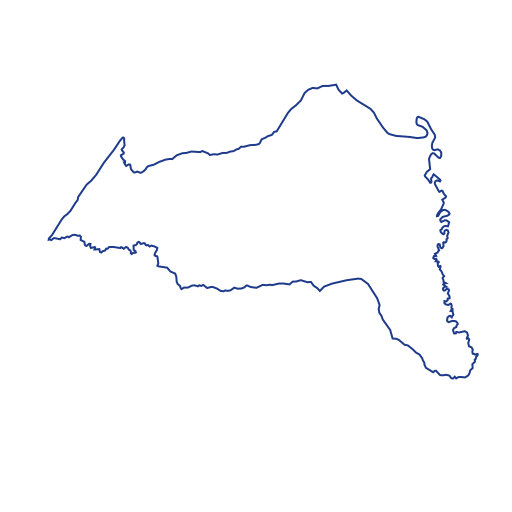 Dondo, Sofala, Mozambique (Robinson projection), rotated 170°
{"feature_id": "85939544B17350721147016", "entity_name": "Dondo", "entity_type": "district", "adm_level": 2, "iso_a3": "MOZ", "parent_name": "Mozambique", "parent_adm1": "Sofala", "projection": "robinson", "projection_center": [34.673, -19.439], "detail": "fine", "context": "isolated", "style": "outline", "palette": "blue", "viewbox_px": 512, "rotation_deg": 170, "n_neighbors": 0, "source": "geoboundaries", "source_scale": "gbopen_adm2", "svg_char_len": 5924}
<svg xmlns="http://www.w3.org/2000/svg" viewBox="0 0 512 512"><g transform="rotate(170 256 256)"><path d="M138.0,403.3L141.3,401.4L143.0,401.0L145.9,405.6L147.3,410.8L155.2,410.9L161.0,411.9L166.4,410.4L171.1,411.7L175.7,410.6L179.8,408.1L184.8,401.4L190.6,397.4L195.8,394.7L199.8,391.3L214.0,375.1L216.4,375.2L219.4,372.5L223.9,371.9L225.7,371.0L230.2,369.9L232.5,366.7L233.9,365.7L237.0,365.5L242.5,366.2L249.0,365.7L251.8,366.2L254.5,364.5L256.5,364.4L259.9,363.2L263.4,363.3L267.0,362.6L270.8,363.3L276.4,362.6L279.6,363.5L283.9,363.5L285.4,365.4L290.6,368.7L292.9,368.0L301.5,370.1L306.7,369.6L310.7,370.0L316.7,368.9L321.6,366.0L324.4,366.6L328.4,366.6L334.8,365.5L340.7,363.7L346.5,363.2L348.2,362.3L349.3,360.9L351.3,359.4L354.1,358.1L355.3,358.0L358.4,359.8L360.4,359.3L361.9,359.6L364.0,363.2L364.0,367.8L365.4,368.3L368.2,367.2L369.2,369.2L369.7,370.9L368.8,370.7L368.4,372.1L370.0,374.0L371.5,377.2L371.6,378.6L368.6,379.8L368.2,380.9L369.7,383.4L369.8,384.3L367.6,385.9L366.1,388.0L366.0,391.5L365.4,394.7L366.0,395.7L366.8,395.7L369.9,393.2L377.5,385.2L389.7,374.2L399.3,363.7L405.3,358.7L410.4,355.7L420.9,345.0L421.9,342.1L424.4,339.9L430.8,332.8L434.4,330.1L438.0,328.3L440.9,325.8L453.2,312.1L456.9,309.2L457.3,308.0L456.1,308.1L454.8,307.2L452.3,308.6L451.2,308.6L446.0,306.5L444.0,307.9L441.5,306.8L439.1,307.8L438.0,307.8L437.0,306.9L433.8,308.3L432.2,308.5L430.2,308.2L427.9,306.8L426.1,306.8L425.1,305.4L425.9,302.2L422.5,299.7L422.7,297.1L422.1,295.8L421.2,295.3L418.2,297.0L417.0,296.6L417.6,294.7L417.2,292.6L413.2,292.8L412.9,292.5L413.9,290.4L409.1,290.0L409.0,287.1L407.7,286.3L406.1,287.4L403.6,287.6L402.4,289.2L400.8,289.0L399.2,290.3L395.3,289.8L388.2,287.4L387.5,288.1L386.8,288.0L385.1,286.1L382.3,287.5L380.8,286.3L380.1,284.3L378.7,283.2L378.5,281.7L378.8,280.4L378.0,279.5L376.1,280.6L374.8,280.1L373.7,280.4L373.9,281.7L375.4,283.4L374.8,287.5L372.3,287.7L371.0,288.6L370.5,289.8L369.1,290.3L368.4,289.9L367.4,287.8L364.1,288.2L363.1,287.5L362.9,286.3L362.2,285.5L360.4,285.6L359.1,283.8L357.2,284.4L354.4,283.1L351.8,281.1L352.4,279.3L354.5,276.9L355.8,274.7L355.1,273.5L353.5,273.0L353.2,271.9L353.5,265.7L354.8,263.5L353.7,262.7L345.5,259.9L343.0,255.6L338.6,252.7L338.1,249.3L338.6,244.1L337.8,241.7L336.0,239.7L335.8,237.6L335.1,236.3L332.4,237.4L328.6,236.7L324.2,238.0L321.3,237.7L318.5,236.2L317.0,237.0L315.3,236.0L313.0,236.7L309.6,232.9L306.1,233.3L303.9,233.0L300.1,230.7L296.8,227.7L294.0,226.9L292.3,227.4L290.0,226.6L287.1,226.6L282.9,228.6L279.8,227.0L276.0,226.5L272.9,227.1L270.7,228.6L269.6,228.4L266.7,226.4L261.1,224.6L254.4,226.4L250.8,225.4L247.2,225.3L245.3,224.5L238.0,224.9L233.6,224.1L228.0,222.2L224.3,224.4L221.0,223.9L216.1,224.4L209.8,221.2L206.4,220.9L204.3,216.6L201.2,213.7L199.2,210.5L194.3,214.0L185.9,215.6L170.8,216.4L159.5,216.0L156.4,215.2L150.6,209.1L144.0,193.3L142.8,186.2L144.4,182.4L144.4,178.8L142.8,175.1L142.2,171.5L136.7,159.8L135.8,151.0L132.2,150.1L130.0,148.7L125.0,142.7L122.0,141.6L118.0,137.1L115.2,133.1L112.2,130.7L110.1,126.5L109.8,124.4L108.7,121.4L109.0,120.0L108.1,116.4L101.6,110.7L100.1,111.8L98.7,111.8L95.4,106.7L92.3,106.0L89.4,106.0L86.8,104.9L86.1,104.3L85.1,102.0L84.1,101.4L83.1,101.2L81.2,102.6L80.1,100.7L78.2,101.5L76.1,101.5L71.1,100.1L67.6,101.6L66.0,103.7L64.9,106.2L62.1,108.0L61.7,111.9L58.7,113.9L58.6,115.9L57.4,116.6L56.6,118.6L55.3,119.4L54.7,120.7L54.8,121.1L57.5,120.9L57.9,121.6L59.5,122.1L59.6,123.9L58.8,126.5L59.7,128.7L61.9,130.1L62.1,133.4L60.5,136.7L61.3,138.2L62.6,137.8L62.8,138.3L61.0,140.9L61.4,143.9L63.5,145.7L69.2,145.4L71.7,146.3L72.1,146.3L72.6,145.1L74.4,145.4L74.9,148.9L73.4,150.6L71.1,151.2L70.6,152.6L69.1,153.9L69.2,154.9L70.5,157.0L71.7,157.5L74.1,158.0L77.7,157.4L78.9,158.4L79.0,159.6L78.0,162.3L76.0,163.4L75.1,163.3L73.9,161.6L73.1,162.9L71.9,163.6L72.0,167.0L72.3,167.7L73.8,168.1L73.2,168.8L71.8,168.7L71.7,169.8L72.3,169.9L72.6,170.9L71.9,173.2L72.1,174.9L72.8,175.4L75.0,174.4L75.9,174.6L77.9,175.7L78.7,177.1L78.2,178.9L76.6,178.2L75.0,179.1L74.6,180.8L72.7,180.7L72.4,182.6L73.6,185.9L71.8,188.7L72.1,189.7L73.8,190.6L76.0,189.2L77.0,189.3L77.5,190.0L77.6,191.2L77.0,192.1L75.3,192.9L74.1,192.8L76.6,195.3L76.0,196.1L73.7,196.2L75.8,197.9L75.6,199.8L76.1,201.6L75.9,202.2L74.2,203.5L75.3,205.5L76.0,208.7L77.3,210.8L76.0,213.8L76.3,214.2L77.9,213.6L78.5,214.5L78.3,217.4L77.1,218.1L77.2,218.8L79.9,219.6L78.8,221.0L78.9,221.9L80.9,222.1L81.8,223.3L80.8,225.0L78.6,224.8L79.4,227.1L76.6,227.8L75.9,229.0L74.7,229.7L75.6,234.1L75.0,235.7L74.3,236.1L73.1,235.6L72.9,232.4L71.9,231.4L71.1,231.5L69.6,233.1L69.3,236.7L68.7,237.0L67.4,236.4L66.7,236.6L65.7,237.8L65.5,239.4L64.2,240.2L64.2,242.8L62.3,245.7L62.6,247.7L63.8,248.7L65.7,248.2L66.4,246.8L66.6,245.4L67.6,244.9L68.4,245.4L69.9,247.5L70.0,249.4L68.3,250.2L67.8,251.3L65.8,252.6L64.4,252.7L61.8,251.9L59.9,255.7L62.1,257.9L63.8,258.4L67.6,257.3L68.3,258.7L68.2,260.1L65.4,262.1L60.8,262.4L58.7,263.2L58.0,264.0L58.8,266.1L59.9,267.2L61.8,268.6L63.7,268.8L66.9,267.3L69.7,263.8L70.9,263.8L70.7,264.6L68.9,266.9L65.6,269.8L62.0,275.2L61.8,276.2L62.8,279.1L59.2,280.6L58.5,281.7L60.2,284.7L61.1,287.8L62.0,288.2L64.1,287.3L64.6,287.6L67.2,295.3L67.3,296.8L66.4,298.4L64.6,299.0L61.9,297.5L61.2,298.4L61.7,299.5L66.8,305.6L67.7,304.8L68.6,303.1L70.2,302.0L70.3,298.5L71.0,297.8L71.7,297.8L73.3,301.5L75.6,304.9L75.9,305.9L73.3,309.1L69.4,311.3L68.8,321.5L67.2,324.2L65.5,326.0L64.1,326.6L62.7,326.0L59.6,321.7L58.3,320.6L57.4,320.8L56.2,322.5L55.6,325.5L56.4,327.8L58.5,329.5L62.1,329.2L63.2,330.0L63.8,331.5L63.7,333.9L62.8,336.6L59.0,341.6L58.9,344.4L61.5,350.4L64.0,358.6L66.4,361.4L71.9,364.9L72.9,364.7L73.9,363.4L74.8,360.0L74.8,358.2L74.1,356.9L69.5,354.3L66.2,350.2L65.7,347.4L66.7,345.2L68.2,344.0L70.5,343.7L76.6,344.1L84.5,346.7L97.1,349.9L103.5,352.9L105.3,354.6L108.7,360.6L113.1,370.4L115.0,376.7L117.7,381.0L129.7,391.7L134.3,397.3L138.0,403.3Z" fill="none" stroke="#1e3a8a" stroke-width="2"/></g></svg>